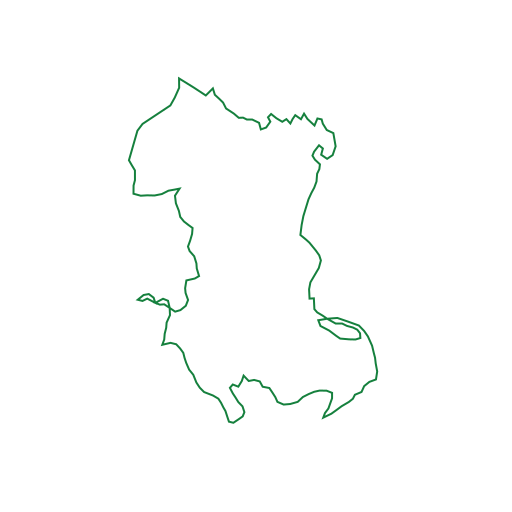 Porto Rico do Maranhão, Maranhão, Brazil (Mercator projection), rotated 127°
{"feature_id": "56859067B69390320621521", "entity_name": "Porto Rico do Maranhão", "entity_type": "district", "adm_level": 2, "iso_a3": "BRA", "parent_name": "Brazil", "parent_adm1": "Maranhão", "projection": "mercator", "projection_center": [-44.622, -1.877], "detail": "fine", "context": "isolated", "style": "outline", "palette": "green", "viewbox_px": 512, "rotation_deg": 127, "n_neighbors": 0, "source": "geoboundaries", "source_scale": "gbopen_adm2", "svg_char_len": 2833}
<svg xmlns="http://www.w3.org/2000/svg" viewBox="0 0 512 512"><g transform="rotate(127 256 256)"><path d="M349.4,293.7L355.0,289.1L363.0,287.3L367.4,284.5L373.1,282.1L378.0,279.0L383.3,277.4L376.8,272.0L374.5,266.6L375.5,261.0L377.1,255.8L380.4,251.7L383.3,247.5L387.0,241.0L388.6,234.6L392.9,227.5L395.0,221.7L395.9,215.6L393.3,206.4L392.6,200.2L394.3,195.5L396.5,191.1L398.2,187.1L401.5,182.4L404.6,177.9L402.8,173.7L396.5,171.5L392.1,170.1L387.7,171.3L384.2,176.3L383.3,182.2L381.3,187.3L379.7,191.8L377.0,197.5L372.6,197.2L371.0,191.5L364.4,192.1L359.0,193.9L360.2,186.6L356.1,182.9L353.9,177.5L356.4,172.0L353.4,165.9L355.2,160.7L357.1,155.6L359.6,151.1L358.0,144.5L353.6,139.6L347.4,134.9L340.4,133.7L334.5,130.8L329.4,127.8L325.2,124.2L321.1,118.6L319.5,112.9L323.9,109.6L329.1,108.0L334.2,106.4L339.9,106.4L344.6,105.0L336.6,100.9L330.8,99.1L324.4,97.2L316.7,94.0L311.7,92.7L307.3,93.5L301.1,89.9L294.8,91.3L288.3,89.7L282.4,85.9L275.3,89.7L269.7,95.8L265.6,99.7L262.6,103.5L257.8,109.3L252.9,118.2L250.8,124.5L249.6,132.0L253.2,143.6L256.5,153.7L259.3,156.9L263.3,161.4L263.5,166.8L264.2,173.2L263.3,177.4L255.0,184.3L257.8,187.6L250.6,193.6L244.3,196.7L227.8,198.6L220.5,201.5L217.4,205.9L215.6,211.6L213.2,221.4L212.8,225.7L212.5,233.2L203.8,238.2L195.6,242.2L179.1,248.2L172.3,249.7L166.4,250.6L160.1,252.5L153.5,256.7L148.5,257.7L144.3,260.1L143.6,266.9L141.9,271.3L137.7,272.4L129.7,272.3L129.9,267.3L135.9,264.9L135.6,257.7L129.3,255.5L120.5,258.4L115.8,263.4L111.3,268.2L112.8,275.3L110.1,282.3L107.4,285.8L109.2,289.7L116.6,287.8L115.6,297.4L113.4,303.3L119.7,302.4L119.9,309.4L124.5,309.2L129.5,308.3L128.4,314.1L133.0,315.8L133.7,322.6L133.5,329.4L138.0,329.9L140.1,325.4L147.3,325.2L152.0,328.3L147.8,333.7L149.3,341.2L152.5,345.4L153.3,349.6L156.0,352.9L155.6,359.5L156.2,368.7L153.3,374.6L152.6,379.8L152.0,385.9L148.1,391.3L158.0,392.7L158.9,406.8L160.5,424.3L167.9,418.6L178.4,416.2L187.3,415.0L208.0,422.3L218.8,426.1L227.3,426.1L256.0,415.1L258.3,409.7L260.5,404.2L268.3,398.3L273.4,396.2L280.0,391.3L277.2,384.3L273.1,379.5L268.7,373.4L263.2,368.5L256.5,365.2L252.2,361.2L248.2,357.6L256.6,357.0L262.1,351.7L266.4,344.7L270.4,340.0L271.8,334.3L271.9,328.5L271.8,323.5L276.9,320.3L283.5,317.8L289.4,316.0L292.0,312.0L293.4,305.2L297.8,299.1L301.6,295.8L306.3,289.4L310.8,291.3L317.4,296.9L324.4,293.2L327.9,290.0L332.0,283.8L338.0,282.1L344.7,283.8L349.1,287.1L349.4,293.7ZM263.3,161.4L262.0,151.8L258.1,146.6L257.1,141.3L254.8,135.6L253.9,130.8L255.1,126.4L258.7,123.3L262.8,126.3L266.4,131.3L271.3,139.1L271.5,144.0L271.5,152.7L273.1,162.4L269.8,167.6L263.3,161.4ZM354.0,308.2L350.9,312.7L350.9,318.7L354.8,322.3L362.1,324.1L360.2,319.6L355.5,317.2L354.0,308.2ZM354.0,308.2L352.7,303.5L349.8,300.2L349.4,293.7L344.7,299.3L346.1,304.5L354.0,308.2Z" fill="none" stroke="#15803d" stroke-width="2"/></g></svg>